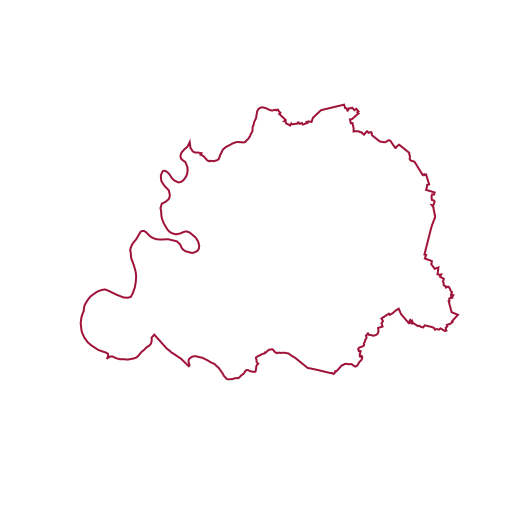 San Rafael, Veracruz, Mexico (Albers equal-area conic projection), rotated 160°
{"feature_id": "50627088B57037698095260", "entity_name": "San Rafael", "entity_type": "district", "adm_level": 2, "iso_a3": "MEX", "parent_name": "Mexico", "parent_adm1": "Veracruz", "projection": "albers", "projection_center": [-96.918, 20.214], "detail": "fine", "context": "isolated", "style": "outline", "palette": "rose", "viewbox_px": 512, "rotation_deg": 160, "n_neighbors": 0, "source": "geoboundaries", "source_scale": "gbopen_adm2", "svg_char_len": 6070}
<svg xmlns="http://www.w3.org/2000/svg" viewBox="0 0 512 512"><g transform="rotate(160 256 256)"><path d="M187.5,386.7L191.2,387.2L192.8,388.2L196.8,392.1L199.0,393.4L200.6,393.9L203.3,393.4L205.5,391.5L208.7,385.7L211.9,382.5L213.8,379.6L215.1,378.3L216.6,374.6L218.2,373.1L219.0,372.6L220.7,370.6L223.4,368.6L225.9,367.7L226.3,367.1L227.1,366.9L228.7,366.9L234.0,369.3L235.8,369.8L240.3,369.7L241.5,369.4L247.1,368.7L250.6,367.4L255.7,362.6L256.1,361.6L256.9,361.1L257.7,359.9L259.6,359.3L263.4,359.6L266.4,361.1L267.2,360.8L269.2,362.6L270.8,367.0L271.6,368.3L273.5,370.2L272.1,371.2L274.4,372.7L278.1,374.2L279.7,376.0L280.6,380.1L279.3,385.7L283.1,382.1L286.2,381.0L289.7,379.2L291.2,378.1L292.5,376.3L293.1,374.6L293.0,372.6L291.3,369.8L290.3,368.8L290.1,364.6L290.2,362.3L290.8,360.8L290.6,360.6L292.7,356.6L294.4,354.7L298.2,352.1L300.7,351.3L303.2,351.5L304.1,352.0L307.1,355.1L308.5,358.1L309.4,362.4L310.5,364.8L311.8,366.7L312.6,367.3L314.2,367.7L315.8,366.6L318.0,364.0L319.3,359.1L318.5,354.8L317.5,351.8L316.5,349.9L315.5,347.4L316.1,342.7L317.6,340.2L318.6,339.3L322.5,337.8L326.6,337.4L329.4,333.7L329.7,331.0L331.1,326.4L331.6,323.1L331.5,318.2L330.2,311.3L329.2,308.7L327.4,306.3L324.0,303.8L319.9,303.1L315.7,303.3L313.3,303.1L312.4,302.6L312.0,302.0L311.1,301.5L310.2,300.6L306.5,294.2L305.6,290.4L305.5,288.2L305.9,284.9L307.3,282.3L309.4,280.8L313.5,280.4L315.7,281.1L320.4,284.4L322.2,286.6L323.1,289.1L323.3,292.7L325.3,296.8L332.8,301.8L340.1,304.1L344.0,305.9L346.5,308.0L348.1,309.8L349.6,312.4L351.1,315.9L352.5,317.7L354.2,318.4L356.1,318.3L362.7,312.8L367.2,310.2L368.5,309.1L371.2,306.2L372.2,304.6L372.5,302.2L374.0,296.8L374.0,289.0L374.3,284.0L374.9,280.2L375.8,277.4L377.5,273.4L380.5,268.1L384.1,263.6L387.6,260.4L390.7,260.6L394.6,262.3L400.8,267.8L406.7,274.0L409.5,276.3L412.4,276.8L416.3,276.9L419.2,276.4L424.1,275.0L426.3,274.1L429.5,272.0L433.1,269.1L434.6,267.4L436.7,263.5L436.6,263.3L439.3,260.4L441.3,257.6L443.7,252.9L445.5,245.5L445.6,241.9L445.1,237.7L443.7,232.6L441.5,228.6L436.3,221.6L429.9,216.4L428.6,214.9L428.7,213.8L429.3,212.1L431.5,210.4L430.0,211.0L427.0,211.3L425.4,210.8L422.0,207.5L419.0,205.4L415.9,204.4L411.9,202.5L405.7,201.5L403.1,201.5L400.8,202.4L396.2,205.1L393.6,205.9L389.7,207.8L387.5,208.1L386.2,208.6L384.4,209.8L382.6,212.9L382.1,214.9L378.5,216.9L371.5,199.5L369.1,195.8L368.5,194.1L367.5,193.2L361.5,185.0L356.9,175.4L356.0,175.7L355.7,176.5L355.7,179.3L355.1,180.9L354.5,181.7L353.4,182.4L350.6,183.2L348.6,183.0L346.7,182.4L344.3,180.6L341.5,179.0L337.1,174.4L334.9,171.6L332.1,168.9L329.2,163.3L327.4,156.5L327.3,154.7L325.5,150.4L324.3,149.6L320.3,148.4L317.7,148.4L314.4,147.3L313.4,147.5L310.8,148.8L307.8,149.6L305.2,151.7L304.1,152.1L302.4,151.4L301.4,150.2L299.9,149.1L297.2,147.7L296.3,147.5L295.7,147.9L293.0,152.9L290.8,154.0L291.6,156.0L291.5,157.1L290.9,158.2L291.1,159.8L290.6,160.7L287.7,161.4L286.7,161.2L284.3,161.7L281.2,161.6L280.6,162.3L279.7,161.9L277.6,163.0L275.4,163.4L272.6,162.8L271.6,161.0L271.3,159.6L269.7,157.6L269.3,157.8L269.0,157.6L267.0,157.2L266.3,156.6L262.7,155.5L258.9,153.4L256.4,149.7L254.2,147.2L245.8,133.2L238.6,128.8L225.7,120.3L224.8,120.3L223.6,118.6L221.0,119.7L220.8,120.0L220.9,120.6L219.0,120.5L213.0,123.8L212.4,124.0L211.8,123.7L211.1,123.8L209.8,124.2L208.0,123.8L205.6,122.4L204.4,122.2L203.2,121.7L200.7,118.2L199.3,118.1L198.6,118.4L197.4,119.1L195.1,121.1L193.0,121.9L192.0,122.7L191.1,123.8L190.7,124.8L190.8,125.7L191.2,126.3L191.7,126.3L192.4,125.7L192.8,126.0L192.2,128.0L190.2,130.8L191.0,131.4L191.9,131.5L191.8,133.7L190.1,134.6L186.9,134.6L185.2,135.0L184.7,135.7L184.5,137.0L182.6,138.6L182.0,139.9L180.5,140.8L179.9,141.9L180.0,142.8L179.9,143.6L177.8,144.5L177.2,145.8L177.1,143.6L176.6,143.1L175.6,142.8L174.0,141.8L173.4,141.1L172.1,140.8L170.1,140.8L168.0,141.5L166.7,143.2L165.9,146.6L161.2,146.4L161.1,149.8L158.9,151.4L159.5,154.4L150.8,156.4L150.4,154.9L147.2,155.5L143.7,156.9L139.9,157.7L139.6,151.9L135.4,140.6L134.7,140.7L134.3,142.0L133.0,143.1L132.8,142.2L131.5,142.1L131.5,140.9L132.0,140.7L132.9,141.2L133.2,140.6L133.1,139.7L132.6,139.1L131.6,139.7L127.8,134.7L127.0,134.8L126.4,134.6L125.4,133.1L123.4,131.7L121.1,133.1L116.0,129.8L113.5,127.8L113.1,125.6L111.0,125.5L110.3,124.9L109.1,124.2L107.4,124.9L104.1,120.9L102.6,120.8L102.4,123.6L100.3,124.4L100.2,126.0L96.7,125.8L93.9,126.8L94.2,127.5L93.9,127.7L86.4,131.7L91.4,136.3L90.4,147.6L89.8,147.4L88.9,150.0L87.2,150.0L86.9,149.7L85.9,149.7L86.3,150.9L84.8,151.0L84.4,151.5L86.7,153.1L84.8,152.7L85.5,153.5L84.2,155.1L84.8,155.9L85.2,160.5L85.6,161.2L86.0,161.5L88.3,161.4L88.1,162.7L89.1,163.5L89.6,164.6L89.0,166.0L89.1,167.9L87.3,170.3L90.2,173.7L88.3,175.3L89.9,175.7L91.7,176.6L88.5,182.9L92.4,182.8L94.1,188.2L94.1,188.6L93.3,189.4L92.5,191.1L98.2,195.9L95.8,198.8L97.2,199.8L82.1,222.0L80.1,224.7L75.3,230.2L74.8,230.5L74.1,232.0L72.8,240.9L72.4,240.5L73.4,243.8L72.7,243.4L71.5,243.4L69.5,246.2L69.8,247.3L71.6,248.6L70.7,251.9L69.4,253.6L67.6,252.9L66.4,254.6L73.6,260.0L71.7,262.4L70.9,264.2L68.8,264.1L68.3,274.5L70.3,274.4L70.2,275.3L71.7,275.2L74.8,290.4L77.9,292.8L78.5,294.1L77.2,297.2L77.2,299.2L76.7,300.2L76.9,300.9L83.4,311.6L86.7,310.6L87.8,309.7L88.2,310.0L90.3,318.0L90.9,319.0L92.1,319.4L95.5,318.7L97.5,319.5L100.5,321.3L105.6,329.6L105.6,330.9L105.2,331.9L105.5,333.2L108.1,333.2L108.7,335.1L109.4,335.2L113.0,333.1L114.5,335.7L114.4,335.9L114.8,336.4L115.9,336.8L116.9,338.1L119.7,339.1L120.1,339.4L121.7,339.6L120.6,342.6L119.9,347.9L121.5,348.3L121.0,352.2L119.0,351.8L112.2,354.5L110.9,354.8L111.6,356.5L110.2,356.9L111.4,360.0L113.6,359.3L114.9,362.5L116.8,362.4L117.9,363.0L120.2,361.2L120.4,361.4L120.4,363.9L121.6,364.4L121.5,368.1L145.0,370.8L155.2,366.4L158.0,363.0L160.6,364.5L162.5,364.6L162.1,363.5L167.1,363.5L167.5,365.4L169.9,365.3L170.6,366.1L170.3,366.9L170.8,367.2L171.9,366.3L177.8,367.6L177.8,368.3L179.5,367.0L180.4,368.4L182.3,370.2L182.2,372.4L183.3,373.0L181.6,373.6L185.6,381.6L184.1,382.2L185.1,384.5L185.4,386.1L187.1,385.9L187.5,386.7Z" fill="none" stroke="#9f1239" stroke-width="2"/></g></svg>